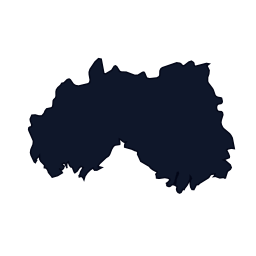 the Metropolitan department of Côtes-d'Armor, rotated 169°
{"feature_id": "FRA-5283", "entity_name": "Côtes-d'Armor", "entity_type": "Metropolitan department", "adm_level": 1, "iso_a3": "FRA", "parent_name": "France", "parent_adm1": "", "projection": "mercator", "projection_center": [-2.816, 48.456], "detail": "fine", "context": "isolated", "style": "filled", "palette": "ink", "viewbox_px": 256, "rotation_deg": 169, "n_neighbors": 0, "source": "natural_earth", "source_scale": "10m", "svg_char_len": 3719}
<svg xmlns="http://www.w3.org/2000/svg" viewBox="0 0 256 256"><g transform="rotate(169 128 128)"><path d="M27.6,87.5L30.4,88.5L33.8,88.4L35.5,87.5L34.3,83.5L33.9,80.8L34.3,79.6L40.4,78.5L38.7,77.4L34.7,72.3L34.2,69.5L35.4,68.0L38.7,66.4L41.2,61.9L41.9,60.4L42.6,60.4L43.7,61.3L47.4,61.5L51.4,63.9L53.0,64.0L52.3,64.5L52.0,65.0L51.8,65.6L51.4,66.4L54.1,66.6L55.6,66.5L56.6,65.8L57.8,64.4L58.6,63.8L68.3,60.1L69.7,59.1L70.5,59.1L71.6,59.4L75.1,55.0L76.9,55.5L77.7,58.0L77.6,61.5L76.8,64.6L75.3,66.4L75.4,67.2L75.5,67.7L76.1,68.8L76.5,66.6L77.5,64.9L81.0,60.6L83.8,58.1L84.8,56.8L86.0,57.4L88.2,54.7L89.7,54.3L91.1,55.2L91.9,56.8L92.0,58.7L91.2,60.4L91.2,61.5L92.8,62.8L91.9,64.2L90.4,68.8L89.6,70.2L87.2,73.5L87.2,74.9L88.0,74.9L91.9,66.9L94.1,63.6L96.0,64.0L97.2,63.0L98.4,62.7L99.6,63.0L100.8,64.0L99.9,65.2L100.4,65.4L100.6,65.4L100.8,65.6L100.8,66.4L99.7,66.8L98.8,67.3L96.8,68.8L96.8,69.9L98.3,71.2L101.3,72.4L107.2,72.7L109.5,73.5L109.3,75.0L109.3,76.1L109.5,77.3L108.4,78.2L107.9,78.5L107.9,79.6L109.6,80.7L111.7,82.5L113.5,84.6L114.3,86.3L121.8,92.9L123.0,98.1L123.4,99.5L123.6,100.4L123.3,101.2L123.0,102.1L123.4,103.2L124.0,103.8L125.5,104.5L128.3,106.6L134.9,109.9L134.6,111.5L134.1,112.7L133.5,113.7L132.6,114.6L133.9,114.6L135.0,115.2L136.0,116.3L137.0,117.6L138.6,118.9L138.9,117.3L138.9,114.8L139.3,113.5L143.9,113.7L145.8,112.9L148.1,110.4L150.8,106.1L151.7,105.0L153.0,104.0L155.0,103.3L162.8,98.4L164.5,96.6L164.5,95.4L163.5,95.3L161.2,94.2L166.4,92.6L168.9,93.0L170.0,95.4L173.0,94.2L176.5,91.9L179.5,88.9L181.1,85.7L181.6,87.7L182.4,89.0L183.6,89.5L185.1,89.3L185.1,90.6L184.2,91.3L183.7,92.2L183.3,93.2L182.7,94.2L179.5,97.8L181.5,99.4L183.7,98.0L186.1,95.5L188.7,94.2L189.2,95.1L189.9,99.2L190.3,100.2L191.6,100.8L192.4,102.3L192.8,104.3L193.0,106.2L194.3,105.5L195.1,104.1L195.5,102.3L195.5,100.2L196.0,102.8L196.6,105.0L197.6,106.0L199.4,105.0L199.4,103.8L198.9,103.6L197.9,102.7L199.1,100.7L200.5,99.7L201.9,99.8L203.4,101.4L202.6,100.3L202.0,99.1L201.0,96.6L206.2,94.7L211.8,94.2L212.1,95.0L214.5,99.5L214.7,101.4L215.3,103.2L216.3,104.5L217.7,105.0L217.2,106.7L216.9,107.4L219.9,111.9L220.6,114.3L220.1,118.1L221.3,116.9L224.9,114.6L223.8,113.8L225.6,111.7L226.5,112.7L228.3,119.9L228.4,122.4L227.4,125.3L224.3,129.9L223.4,132.8L223.4,134.0L225.7,144.3L225.8,145.7L225.2,147.2L224.3,147.6L223.2,147.6L222.3,148.2L221.8,149.7L222.4,153.5L222.3,155.4L219.9,158.9L216.6,158.5L213.2,156.8L210.2,156.3L207.5,158.4L206.0,160.7L204.2,162.3L199.2,162.4L198.0,163.2L197.3,164.8L196.2,169.0L195.5,169.9L193.4,171.3L192.5,172.9L191.7,177.3L190.9,179.2L189.1,181.0L185.9,182.9L184.5,184.5L182.3,184.5L178.4,187.1L176.5,187.3L175.5,186.4L173.5,181.8L172.4,180.5L171.2,179.6L168.5,178.6L158.9,179.0L157.0,179.8L155.9,182.4L155.8,187.9L155.4,190.3L154.0,192.9L147.7,199.2L143.7,201.7L141.2,200.7L141.3,186.2L139.8,185.3L133.0,187.7L129.7,191.2L128.4,191.4L127.4,190.3L125.4,185.2L123.6,184.1L119.2,183.2L111.4,178.4L108.2,177.9L103.2,179.8L101.8,179.8L101.2,178.7L100.4,174.6L99.9,173.3L97.4,172.2L90.0,171.6L87.5,172.5L86.6,173.9L85.7,177.9L84.5,179.7L82.8,180.6L67.8,182.7L64.7,181.6L63.5,180.4L62.9,179.2L62.2,178.4L60.6,178.6L55.7,181.1L53.0,181.5L51.2,179.7L51.0,178.6L51.1,177.6L51.0,176.7L50.4,175.9L49.6,175.7L38.7,176.4L36.1,175.4L38.7,174.1L37.4,169.1L38.4,165.7L40.2,162.6L41.0,158.7L40.7,156.9L37.6,150.6L37.1,149.0L36.4,143.8L35.9,142.6L35.1,141.8L34.1,141.0L31.0,139.8L30.5,139.4L30.4,136.9L30.5,135.7L31.0,134.9L32.1,134.3L34.6,134.4L35.8,133.9L36.8,132.7L37.3,130.9L37.3,129.1L36.6,127.4L35.5,126.8L33.2,126.2L32.4,125.1L32.4,122.8L35.0,118.0L35.8,115.7L35.8,113.4L35.3,111.3L34.6,109.5L29.4,103.0L28.4,101.0L27.6,98.3L27.6,87.5Z" fill="#0f172a" stroke="#020617" stroke-width="1.5"/></g></svg>